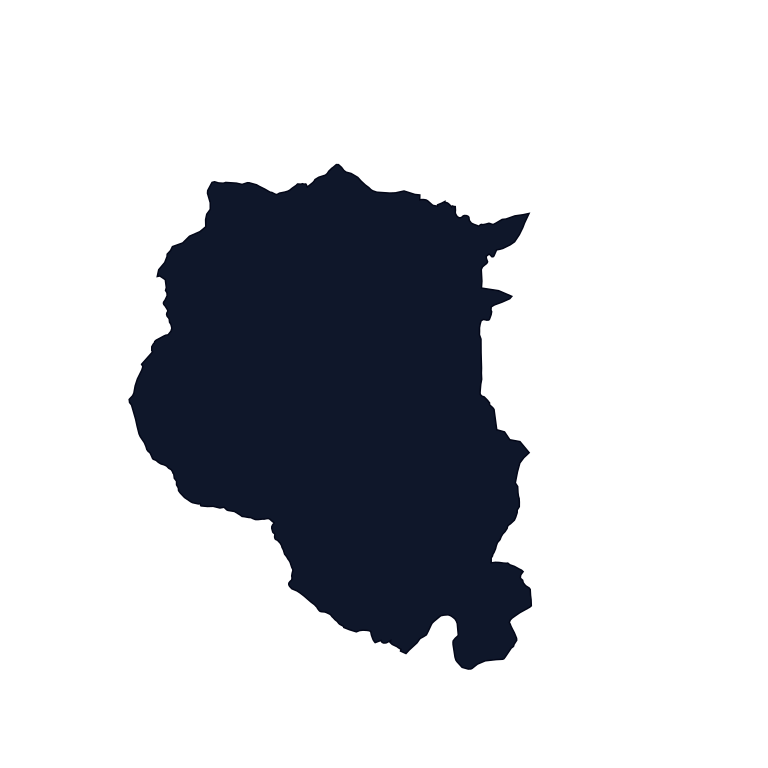 Sohodol, Alba, Romania, rotated 125°
{"feature_id": "2599482B95775637612749", "entity_name": "Sohodol", "entity_type": "district", "adm_level": 2, "iso_a3": "ROU", "parent_name": "Romania", "parent_adm1": "Alba", "projection": "mercator", "projection_center": [22.993, 46.327], "detail": "fine", "context": "isolated", "style": "filled", "palette": "ink", "viewbox_px": 768, "rotation_deg": 125, "n_neighbors": 0, "source": "geoboundaries", "source_scale": "gbopen_adm2", "svg_char_len": 6171}
<svg xmlns="http://www.w3.org/2000/svg" viewBox="0 0 768 768"><g transform="rotate(125 384 384)"><path d="M426.0,631.4L424.1,629.6L424.0,623.0L429.9,617.6L432.7,616.6L433.7,614.2L436.0,612.3L440.8,611.5L443.4,611.5L444.5,610.9L445.2,609.9L445.7,607.9L447.6,603.5L448.6,602.8L450.5,602.6L451.7,602.0L452.9,600.5L453.5,598.2L454.0,597.2L456.4,595.1L457.4,592.7L459.3,590.5L460.2,589.7L463.0,588.8L467.6,589.1L469.1,590.7L470.5,591.6L478.8,595.8L480.7,596.2L482.0,595.7L483.4,595.9L486.7,595.6L489.9,593.4L490.4,592.0L506.9,593.9L508.0,591.5L511.5,590.4L521.3,588.9L528.2,586.8L534.9,583.7L537.8,583.2L542.8,583.9L545.1,581.8L546.0,578.8L555.3,567.3L560.2,562.0L565.4,556.0L566.9,553.5L569.5,546.7L571.7,543.2L573.7,540.7L574.5,538.4L574.5,536.7L575.1,535.2L577.9,530.6L577.9,529.5L577.4,527.5L577.3,526.6L577.6,523.9L577.4,520.9L576.3,517.6L575.9,515.0L576.5,511.9L576.2,509.3L577.1,507.0L578.0,505.8L578.4,504.5L581.5,501.7L582.6,498.2L585.6,496.1L587.1,492.9L589.2,491.1L590.2,488.2L591.4,482.3L591.3,474.4L591.0,472.7L588.7,467.2L587.5,466.2L588.0,465.2L588.6,464.6L588.8,464.0L585.5,458.2L582.2,453.8L579.7,447.3L576.7,444.3L577.3,440.6L577.0,439.2L574.2,433.4L573.8,426.7L573.9,424.3L572.9,422.5L570.9,418.2L569.8,416.4L569.4,413.9L568.8,411.6L567.4,409.5L564.3,406.0L563.4,404.6L561.3,402.6L560.4,401.3L560.2,400.0L560.7,396.2L560.6,395.3L560.8,394.3L561.3,394.1L562.3,394.4L563.6,394.4L565.2,394.1L566.6,393.2L569.1,390.2L569.3,389.6L569.5,387.7L569.7,387.2L571.6,386.2L572.7,385.3L573.4,384.1L573.4,383.0L573.0,381.3L573.3,380.8L573.9,377.8L575.1,375.2L576.2,374.0L577.7,371.2L580.4,367.8L581.3,364.7L582.5,362.2L583.0,360.5L584.0,358.5L587.1,354.4L588.2,352.4L589.0,351.7L591.7,350.7L594.2,349.5L595.4,348.3L596.7,347.5L597.8,347.3L599.6,347.7L601.3,347.8L602.2,347.5L603.1,346.8L603.9,345.3L604.6,342.1L603.4,336.5L603.3,332.9L603.5,328.2L604.5,318.5L604.6,314.9L604.7,313.9L605.0,312.7L605.2,311.4L605.5,310.5L606.0,309.7L606.8,307.1L606.9,306.0L606.5,304.8L604.8,301.9L604.3,300.3L603.6,296.2L603.7,295.1L604.4,293.0L604.5,292.0L605.2,288.7L605.3,286.2L606.1,283.6L606.2,282.3L605.8,279.0L606.0,277.7L606.5,277.3L605.1,271.4L602.9,264.5L600.0,262.6L597.7,260.0L595.7,256.8L594.7,254.8L594.3,253.0L596.8,250.4L598.6,247.9L599.8,246.1L600.6,244.1L600.9,242.9L595.8,239.4L596.3,238.6L596.7,237.4L596.5,236.0L595.6,234.6L594.5,233.5L590.2,231.4L591.0,230.9L592.2,230.8L592.6,227.9L591.7,222.6L591.8,221.1L591.6,217.9L593.3,217.3L592.2,211.4L587.6,210.8L577.1,208.5L572.4,208.5L571.3,208.2L568.5,206.8L565.2,205.4L561.0,206.0L554.2,207.2L552.3,207.4L549.7,206.9L541.3,204.6L539.0,202.4L536.3,199.1L535.6,196.7L535.5,194.5L535.7,191.3L536.7,188.8L538.2,186.6L547.0,179.2L548.0,179.0L551.4,179.8L554.7,180.0L555.9,179.4L557.8,178.0L567.0,169.2L568.9,166.8L569.6,164.9L571.3,157.5L569.2,151.5L567.6,149.4L566.4,148.7L559.9,146.8L552.7,142.3L545.4,134.0L541.4,128.9L540.3,128.2L538.1,128.1L527.3,128.3L525.3,127.6L524.2,127.5L523.0,128.1L517.8,128.3L516.2,129.6L513.0,134.6L511.2,138.1L509.5,141.2L508.3,142.9L507.5,144.6L504.9,145.2L502.3,144.8L497.8,143.2L493.5,141.6L483.2,136.6L481.2,136.1L476.2,139.9L473.1,142.7L468.4,146.4L467.8,148.1L468.0,151.7L467.7,153.5L466.9,156.0L465.2,157.9L465.0,159.9L464.6,161.1L462.5,162.3L461.1,162.5L457.9,162.4L457.6,164.6L458.0,167.0L458.6,172.6L459.9,177.2L459.7,179.9L460.7,181.0L462.2,183.5L464.0,187.1L466.1,190.4L469.0,193.6L465.0,196.4L462.6,196.5L461.3,197.1L458.8,197.3L455.0,198.1L452.2,199.2L448.9,200.1L445.0,199.7L441.6,200.5L438.8,200.7L435.5,200.2L431.7,200.3L430.3,200.9L428.7,201.2L425.9,200.2L420.7,199.1L417.6,199.7L413.0,201.1L410.7,202.6L406.9,202.8L403.1,205.4L400.2,207.7L398.8,209.5L396.3,211.8L391.3,215.7L389.7,219.7L379.4,224.3L370.8,227.4L364.2,227.2L357.0,225.7L353.2,239.6L357.5,249.0L354.1,257.8L356.8,265.4L341.7,279.3L341.1,281.0L340.5,285.2L340.1,286.1L339.0,286.6L338.0,289.7L337.1,294.5L337.8,296.9L337.3,299.2L335.9,300.4L328.7,304.6L324.1,306.7L319.2,310.5L315.1,313.2L302.6,322.5L291.6,330.3L288.9,334.1L286.0,336.0L283.2,338.0L280.0,339.5L276.6,340.7L274.3,339.8L273.4,338.1L272.8,336.5L271.5,334.9L270.3,334.8L265.8,336.0L263.0,337.3L262.1,338.8L259.3,340.4L255.9,338.9L249.3,334.3L242.0,329.9L238.9,329.6L241.8,343.6L249.5,359.2L243.6,362.8L234.4,370.0L231.6,370.5L229.2,369.9L227.0,369.2L225.4,369.0L224.4,369.3L223.6,370.5L222.2,372.4L220.7,373.5L220.1,373.4L219.6,373.1L217.3,372.5L217.4,370.8L217.9,368.7L217.3,367.7L216.5,367.4L215.6,367.5L209.6,368.7L207.1,366.3L204.8,364.4L197.5,360.4L192.6,358.6L184.0,358.8L176.3,360.0L171.6,361.2L161.1,363.0L165.6,367.2L171.2,373.2L178.9,378.7L181.4,381.6L188.0,384.6L190.5,385.9L191.0,386.6L191.6,388.5L191.8,389.5L192.3,390.4L194.4,392.1L196.1,393.7L197.0,394.7L197.2,395.5L197.9,396.2L200.5,397.0L200.7,398.5L201.6,401.7L202.1,404.7L201.2,407.6L200.3,408.7L198.8,410.0L198.4,411.0L198.5,411.9L198.7,412.9L199.7,414.6L200.5,415.3L201.3,415.7L202.7,415.9L203.7,416.5L204.7,417.7L204.9,420.0L203.7,422.8L202.5,424.1L200.7,425.1L197.8,427.4L198.4,428.4L199.0,430.2L200.3,430.2L199.9,431.4L199.6,432.7L199.3,434.5L199.3,435.9L199.8,437.5L200.5,438.1L199.5,438.8L202.8,440.5L206.5,442.9L207.7,442.1L209.6,446.4L209.6,447.2L208.9,453.3L209.1,455.1L210.1,457.2L211.5,459.2L212.6,460.4L208.6,463.1L211.0,467.4L214.4,478.3L220.9,484.3L224.3,488.8L231.0,499.9L232.2,504.1L232.3,506.2L231.8,509.2L231.7,513.4L230.9,519.2L229.8,524.0L230.4,531.7L232.2,536.6L232.1,539.4L230.9,543.0L230.4,547.1L231.6,548.9L235.5,549.9L237.1,550.5L241.3,551.3L244.1,551.2L246.5,551.8L252.0,556.0L256.1,557.8L257.7,557.6L259.7,557.8L266.6,559.8L265.3,562.0L265.0,562.8L266.4,564.4L266.5,565.4L268.1,566.9L269.7,569.5L270.4,569.7L271.5,569.8L276.1,571.5L279.3,572.4L281.2,573.4L283.5,575.2L287.6,579.1L290.3,580.4L290.9,582.0L291.4,585.7L292.2,587.4L292.7,593.3L293.7,600.0L293.9,602.6L296.5,609.9L297.5,611.4L301.9,614.7L304.1,620.1L309.7,629.3L311.0,630.2L311.9,631.1L314.2,634.9L315.5,638.8L317.5,640.5L326.6,639.4L329.0,638.0L335.2,630.3L340.6,626.5L346.6,626.6L351.7,624.4L357.4,620.2L364.8,622.2L374.5,628.1L383.9,629.8L392.8,636.1L397.1,635.4L402.0,636.1L404.1,634.8L410.3,633.3L419.6,634.1L426.0,631.4Z" fill="#0f172a" stroke="#020617" stroke-width="1.5"/></g></svg>